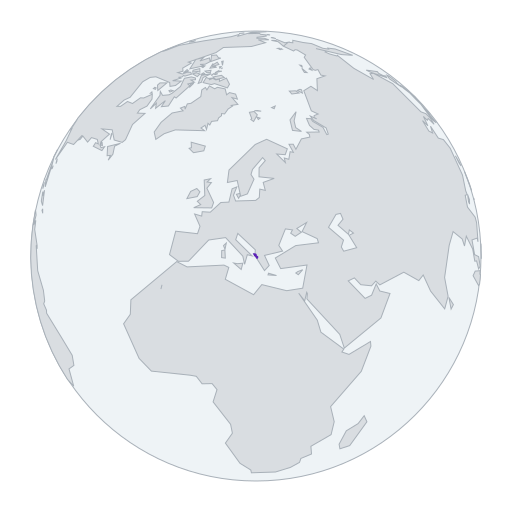 the Earth from above Vlorë
{"feature_id": "ALB-1504", "entity_name": "Vlorë", "entity_type": "County", "adm_level": 1, "iso_a3": "ALB", "parent_name": "Albania", "parent_adm1": "", "projection": "orthographic", "projection_center": [19.787, 40.148], "detail": "fine", "context": "on_globe", "style": "filled", "palette": "violet", "viewbox_px": 512, "rotation_deg": 0, "n_neighbors": 0, "source": "natural_earth", "source_scale": "10m", "svg_char_len": 11187}
<svg xmlns="http://www.w3.org/2000/svg" viewBox="0 0 512 512"><circle cx="256" cy="256" r="225" fill="#eef3f6" stroke="#a8b0b8"/><path d="M161.3,51.6L168.7,48.8L162.4,51.5L166.3,50.3L174.5,47.1L179.0,45.4L203.6,40.9L231.2,36.7L238.9,34.5L238.0,36.2L252.1,32.1L266.5,31.7L250.8,32.8L249.6,33.6L259.6,33.4L260.5,34.3L265.9,34.9L266.2,36.1L257.0,37.3L256.9,38.3L264.0,38.2L268.8,39.8L258.3,39.8L265.5,42.7L251.4,46.5L223.4,47.5L216.0,52.6L188.4,62.1L191.3,63.1L182.7,68.1L183.0,71.2L177.8,72.6L182.5,74.0L187.2,72.2L190.8,72.3L191.4,74.2L184.9,76.1L183.6,75.5L182.0,77.0L178.5,77.3L180.6,78.2L172.6,80.7L181.3,81.1L175.5,85.5L170.0,86.4L169.7,82.5L155.9,76.8L150.2,77.4L142.6,81.8L130.1,97.3L124.2,100.0L116.9,106.4L120.5,106.4L127.5,101.5L132.5,103.5L140.5,97.8L143.7,98.0L152.3,94.2L152.0,99.1L147.0,106.1L139.8,109.7L137.4,113.1L145.0,113.4L132.5,124.5L125.5,139.7L122.2,142.4L114.2,140.0L112.2,129.8L101.9,128.9L109.5,134.1L101.0,141.7L100.0,145.1L101.0,147.7L104.6,146.7L101.9,150.6L93.3,146.3L95.6,142.7L98.3,143.9L97.3,139.4L91.5,137.6L87.6,142.1L82.9,136.1L80.1,139.4L77.5,140.3L82.3,135.2L73.6,144.5L67.4,142.3L55.4,159.5L66.2,140.7L69.4,133.9L72.3,127.8L70.2,130.4L76.8,120.1L77.7,118.3L89.3,104.5L101.9,91.7L115.5,79.9L130.0,69.3L145.3,59.8L161.3,51.6ZM57.5,149.5L55.4,153.6L53.6,157.1L57.5,149.5ZM44.5,178.3L44.4,178.7L44.3,178.9L44.5,178.3ZM35.5,209.8L34.8,213.6L35.7,211.2L36.1,215.1L33.6,225.1L35.8,220.4L34.7,229.5L37.0,244.7L36.2,245.7L37.7,270.7L43.4,290.3L44.7,301.0L43.7,303.8L46.5,310.2L46.6,313.2L61.6,337.7L72.2,355.3L73.9,365.4L69.0,368.9L73.7,386.2L67.5,379.4L59.2,365.6L51.9,351.3L45.6,336.5L40.4,321.2L36.3,305.7L33.3,289.8L31.4,273.8L30.7,257.8L31.2,241.7L32.8,225.6L35.5,209.8ZM52.2,164.3L45.2,186.9L45.9,179.6L46.4,179.6L48.8,172.6L52.3,162.8L53.9,157.4L52.2,164.3ZM56.3,161.8L57.3,158.6L56.8,161.0L56.3,161.8ZM180.8,44.6L174.6,47.0L166.8,49.9L171.9,47.6L180.8,44.6ZM195.7,40.6L193.1,41.6L189.0,42.1L191.8,41.3L195.7,40.6ZM244.3,33.1L239.0,33.5L243.8,32.9L244.3,33.1ZM266.6,34.8L267.8,34.5L270.1,35.0L266.6,34.8ZM151.9,91.9L152.1,93.1L150.4,93.2L151.9,91.9ZM155.5,89.3L153.4,88.6L154.8,87.3L156.1,87.8L155.5,89.3ZM272.6,37.5L275.9,38.6L270.9,37.6L272.6,37.5ZM157.8,90.5L157.5,85.1L160.0,82.9L166.9,82.9L157.8,90.5ZM276.8,39.5L284.9,42.8L288.3,42.2L283.4,46.2L278.1,41.7L271.4,40.4L276.0,40.4L276.8,39.5ZM188.4,70.9L183.4,72.9L187.1,69.6L188.4,70.9ZM189.9,68.8L195.8,59.4L203.5,57.7L199.9,61.0L209.4,57.9L210.2,61.6L205.2,64.2L200.1,64.4L204.3,65.7L189.9,68.8ZM279.4,48.2L280.0,49.4L277.6,48.4L279.4,48.2ZM192.6,72.1L193.1,70.2L199.8,68.6L199.9,72.1L197.7,71.5L192.6,72.1ZM211.5,55.4L216.5,55.0L218.5,57.8L220.8,58.1L210.9,61.5L211.5,55.4ZM196.5,72.8L199.9,74.0L197.3,76.6L192.5,73.9L196.5,72.8ZM201.4,66.7L204.6,66.2L202.9,67.6L201.4,66.7ZM189.9,87.0L190.3,84.4L193.8,83.2L189.9,87.0ZM201.3,74.3L202.2,73.5L203.6,72.8L205.2,74.2L201.3,74.3ZM213.0,63.5L212.8,64.9L217.2,62.2L218.9,64.5L212.0,66.4L215.7,66.6L216.2,67.3L210.0,68.2L213.0,63.5ZM211.2,73.7L203.1,77.5L201.4,82.3L198.2,83.4L201.4,75.4L211.2,73.7ZM211.0,70.3L210.4,72.6L206.8,72.6L205.0,71.1L211.0,70.3ZM222.5,65.4L221.7,61.4L223.2,61.1L222.5,65.4ZM211.5,75.0L213.4,74.1L211.8,75.4L211.5,75.0ZM219.9,68.3L219.4,66.8L221.2,66.6L219.9,68.3ZM217.8,73.7L215.1,74.8L213.8,73.7L217.8,73.7ZM219.3,71.2L221.9,71.2L214.9,72.7L218.8,70.6L219.3,71.2ZM221.7,68.3L222.5,67.7L221.6,69.0L221.7,68.3ZM224.3,77.5L215.9,79.5L212.9,77.0L221.5,75.3L224.3,77.5ZM139.1,358.4L123.6,323.8L130.3,314.3L130.9,299.8L176.7,261.6L187.1,266.9L224.0,265.1L228.8,267.4L225.3,279.3L253.6,294.7L261.8,284.6L286.7,290.7L302.7,288.2L307.0,265.0L280.7,268.6L275.3,258.0L295.7,245.6L318.5,242.8L317.2,238.6L302.1,231.6L306.6,222.5L296.8,228.5L301.3,232.3L295.2,236.3L290.7,233.2L292.5,229.9L285.4,228.9L278.8,245.4L282.6,251.1L264.5,255.4L269.2,265.5L264.5,270.6L254.9,255.6L255.3,249.8L237.8,233.4L235.7,239.7L252.1,255.9L247.3,254.7L244.6,264.3L242.8,256.1L225.6,237.6L208.7,240.0L188.5,261.2L178.4,261.3L169.5,254.6L175.7,231.2L197.5,233.7L200.0,226.3L194.6,214.0L201.7,216.1L202.2,211.7L210.3,212.2L220.8,202.5L228.9,202.1L232.1,188.8L236.8,186.9L233.5,195.2L235.6,201.0L255.7,200.4L259.3,197.5L259.8,189.1L265.3,190.4L263.2,182.4L274.2,178.4L259.0,176.8L259.1,167.8L265.3,160.6L262.6,157.6L252.5,169.4L251.0,174.5L254.0,179.2L247.4,193.9L240.7,196.3L237.2,180.5L227.4,182.5L229.0,170.0L255.2,144.5L266.6,139.3L287.3,148.8L285.2,154.7L276.7,154.0L285.4,162.6L284.3,158.0L288.8,159.3L290.1,151.7L293.4,152.4L289.0,144.3L293.2,144.2L295.9,149.3L301.4,138.9L309.8,137.1L309.4,134.5L306.7,132.2L319.2,132.0L318.4,130.1L314.0,129.4L309.5,125.4L306.5,118.4L310.9,118.7L312.6,121.3L323.0,127.4L326.8,134.6L328.3,134.1L326.1,127.9L313.5,120.4L310.4,116.1L316.7,118.9L314.2,117.5L314.1,115.6L318.1,114.0L311.3,110.8L303.8,90.7L310.9,86.3L317.4,90.6L316.9,78.7L325.0,75.9L320.9,75.1L317.9,69.6L315.3,70.3L313.1,69.6L304.2,57.3L305.6,55.0L297.2,50.0L295.1,49.7L293.6,51.0L283.4,46.2L288.3,42.2L292.8,42.8L292.8,40.3L303.1,42.5L311.6,43.6L322.9,48.3L328.6,49.1L327.9,48.1L335.2,49.0L352.7,55.3L341.6,54.6L316.0,48.6L326.7,51.1L325.2,52.0L329.6,54.0L337.0,56.0L337.3,55.3L353.8,68.3L373.6,79.5L370.0,73.7L373.5,73.3L392.8,83.7L420.9,111.8L425.9,113.7L430.0,117.7L434.1,124.3L428.2,118.5L427.3,120.3L423.4,116.4L427.9,125.8L422.5,120.6L428.8,131.0L432.6,133.0L430.5,126.2L438.3,138.1L443.4,139.6L450.2,148.2L462.5,175.1L465.7,190.8L467.2,194.6L465.2,195.3L467.5,207.1L475.1,217.1L476.6,222.6L478.0,241.8L477.2,238.1L472.0,239.9L474.6,254.6L478.6,256.6L480.2,266.2L478.6,268.9L476.6,260.9L474.8,261.2L472.7,249.1L466.3,236.2L464.5,246.0L462.2,239.0L453.1,231.6L449.2,245.3L444.6,277.5L448.1,296.3L444.7,308.9L430.6,291.1L423.2,275.0L418.8,280.6L403.8,272.2L379.8,284.9L375.8,281.1L371.5,285.8L360.8,284.7L354.4,277.9L348.2,280.9L365.1,298.4L371.6,295.2L376.2,283.9L379.8,291.0L390.0,293.5L380.9,318.0L344.3,348.1L339.8,334.4L306.9,298.9L307.4,293.8L307.2,293.2L306.7,292.3L304.7,300.9L298.7,293.2L317.3,320.2L320.9,332.2L343.8,349.1L341.9,352.0L349.0,354.4L370.5,341.5L370.9,346.2L361.3,371.3L330.6,406.6L334.2,421.7L331.1,434.6L310.9,446.3L311.5,454.0L300.9,458.4L299.5,462.4L290.4,467.4L275.5,472.0L251.4,472.8L250.8,470.0L240.0,463.3L225.4,443.1L232.4,433.2L230.6,424.3L213.1,401.9L217.0,389.6L212.1,383.6L202.1,383.8L196.3,376.3L190.2,375.2L151.4,371.1L139.1,358.4ZM162.0,284.8L160.9,289.1L162.0,284.8ZM343.7,251.2L356.7,247.7L349.1,235.3L353.5,233.1L349.3,229.9L348.5,234.4L338.0,225.3L343.0,219.2L340.5,213.4L336.0,214.4L328.5,227.3L343.5,240.1L341.3,247.0L343.7,251.2ZM37.1,245.0L37.1,248.8L36.5,246.4L37.1,245.0ZM44.4,182.3L43.7,185.6L42.8,188.7L43.0,186.8L44.4,182.3ZM42.7,208.8L42.7,213.3L42.0,210.2L42.7,208.8ZM44.5,190.2L42.6,205.6L41.3,201.1L42.8,191.6L42.7,195.8L44.5,190.2ZM53.2,165.6L52.4,168.1L51.5,169.2L53.2,165.6ZM56.0,163.6L56.0,163.0L57.1,160.7L56.0,163.6ZM101.5,141.9L102.1,142.4L102.4,145.5L100.7,145.1L101.5,141.9ZM112.9,154.2L108.2,160.2L110.4,155.4L107.1,155.7L107.6,146.5L120.5,143.3L114.6,146.2L112.9,154.2ZM111.9,134.0L110.1,139.7L111.5,133.6L111.9,134.0ZM196.8,188.5L199.9,191.8L197.2,196.6L186.9,198.6L190.7,191.4L196.8,188.5ZM204.8,195.5L204.2,180.0L210.6,178.7L207.1,182.0L211.4,182.6L206.9,188.2L213.6,202.5L211.7,207.9L193.7,207.7L200.7,204.6L197.3,201.3L204.8,195.5ZM191.4,147.7L191.2,142.2L205.3,146.1L203.8,150.8L193.5,152.7L189.1,148.3L191.4,147.7ZM169.9,92.1L168.9,90.7L170.8,90.0L173.1,90.7L169.9,92.1ZM189.8,85.8L176.1,98.0L174.3,96.8L168.4,106.0L161.4,106.7L165.4,100.6L155.6,108.3L156.4,103.2L150.3,108.9L160.0,95.3L160.3,91.4L162.6,95.4L169.1,94.8L172.0,93.3L180.5,86.5L184.4,78.3L191.4,76.9L195.4,78.0L195.5,79.7L190.9,80.0L194.4,82.2L187.8,84.0L189.8,85.8ZM237.4,99.1L232.0,97.6L237.9,104.4L231.4,105.4L232.5,106.1L228.1,109.0L224.6,113.9L221.5,113.6L221.5,115.7L218.6,117.9L217.5,120.7L211.6,121.4L209.8,125.0L208.0,123.3L206.5,129.5L205.0,125.3L201.0,128.0L204.6,130.7L175.3,129.9L164.2,133.7L155.8,139.4L154.2,132.0L161.1,122.3L172.1,113.0L183.1,110.8L180.4,108.1L184.8,106.4L185.1,109.2L187.3,103.9L191.0,103.3L200.8,96.6L201.8,89.9L205.4,87.5L206.9,89.9L209.4,85.9L214.7,88.8L217.4,87.3L225.2,88.9L226.6,94.8L229.5,92.6L235.6,94.1L237.4,99.1ZM226.4,78.1L229.5,84.2L227.4,87.9L214.5,83.6L211.4,84.6L203.1,82.6L206.3,77.4L208.3,78.4L211.1,78.2L209.0,79.9L212.8,78.4L215.7,79.9L219.5,79.2L219.4,81.3L226.4,78.1ZM233.7,263.0L237.3,263.7L242.8,263.2L241.2,269.5L233.7,263.0ZM221.7,250.6L224.9,250.0L225.3,258.1L221.6,257.6L221.7,250.6ZM226.3,243.0L225.0,249.3L223.5,245.6L226.3,243.0ZM236.4,194.3L239.8,193.4L240.3,195.3L238.6,198.3L236.4,194.3ZM253.6,121.5L250.8,119.5L251.7,118.5L249.4,112.3L254.1,111.5L257.3,114.8L253.6,121.5ZM302.7,269.7L298.3,274.7L295.8,273.0L297.8,271.6L302.7,269.7ZM268.5,273.2L276.5,275.5L268.0,274.9L268.5,273.2ZM258.3,119.5L256.8,117.0L260.1,118.1L258.3,119.5ZM257.4,110.5L261.2,111.2L254.4,110.7L257.4,110.5ZM366.9,421.8L349.7,445.6L339.9,448.8L339.1,444.2L346.3,430.8L358.1,423.6L364.2,415.7L366.9,421.8ZM479.6,283.9L478.6,285.6L473.1,275.7L475.2,271.1L480.1,270.7L479.9,274.2L480.5,274.5L480.1,279.3L479.6,283.9ZM481.3,258.8L481.3,256.9L481.1,250.3L481.1,246.9L480.9,243.6L481.3,258.8ZM448.9,297.4L453.4,304.6L451.1,309.1L448.9,297.4ZM474.2,199.9L473.7,198.0L474.2,199.9ZM471.6,190.7L471.4,190.1L470.8,188.1L471.0,188.7L471.6,190.7ZM469.4,199.5L469.6,204.1L468.5,201.7L467.6,194.5L469.4,199.5ZM455.4,155.8L459.6,162.9L461.1,166.0L459.2,163.3L455.4,155.8ZM296.1,111.7L294.1,120.9L295.7,127.6L301.5,131.4L292.5,130.4L290.0,119.9L296.1,111.7ZM302.4,93.1L297.3,90.4L300.0,89.3L301.5,89.8L302.4,93.1ZM299.0,93.0L291.8,94.0L289.3,91.1L295.4,90.8L299.0,93.0ZM275.2,106.0L274.2,108.7L271.6,107.6L275.2,106.0ZM470.5,187.0L470.8,188.2L465.8,175.2L464.6,171.7L468.9,182.6L469.1,182.9L470.5,187.0ZM430.2,114.8L427.6,112.3L425.2,108.8L427.6,111.5L430.2,114.8ZM414.8,96.7L423.7,107.1L430.4,116.4L430.6,115.9L436.3,122.8L433.4,120.7L425.2,110.2L420.9,104.3L415.8,99.3L409.8,93.0L404.1,88.7L400.0,85.1L403.9,87.4L414.8,96.7ZM401.7,87.1L389.5,78.9L387.0,75.2L389.1,76.2L395.8,81.4L396.7,83.0L401.7,87.1ZM385.8,76.0L386.6,77.6L370.3,72.1L366.2,70.1L377.3,71.6L378.6,73.3L383.1,75.6L385.8,76.0ZM282.2,49.2L280.2,49.4L281.0,48.5L282.2,49.2ZM311.8,70.2L309.0,69.0L310.1,67.8L311.8,70.2ZM301.7,65.4L302.4,67.5L299.8,65.1L301.7,65.4ZM304.4,72.5L301.8,68.3L307.0,72.6L304.4,72.5Z" fill="#d9dde1" stroke="#a8b0b8" stroke-width="1"/><path d="M257.5,257.3L257.5,257.5L257.4,257.8L257.3,258.0L257.2,258.0L257.1,257.9L256.9,257.8L256.7,257.8L256.6,257.7L256.6,257.4L256.7,257.2L256.4,257.0L256.4,256.9L256.5,256.8L256.4,256.8L256.3,256.5L256.3,256.4L256.2,256.4L255.9,256.3L255.9,256.2L255.6,256.1L255.4,256.0L255.3,255.9L255.2,255.8L255.1,255.7L254.8,255.4L254.7,255.4L254.7,255.2L254.5,254.9L254.8,255.0L254.9,255.3L255.0,255.3L255.0,255.2L255.1,254.9L255.0,254.7L254.9,254.6L254.8,254.4L254.8,254.5L255.0,254.6L255.0,254.4L254.9,254.3L254.6,254.0L254.8,254.0L255.0,254.0L255.3,254.3L255.5,254.4L255.6,254.5L255.8,254.5L255.9,254.8L256.0,254.9L256.0,255.0L255.9,255.2L255.9,255.3L256.0,255.3L256.1,255.5L256.2,255.8L256.3,256.0L256.5,256.3L256.8,256.4L257.0,256.6L257.2,256.8L257.3,256.8L257.3,257.0L257.5,257.1L257.5,257.3L257.5,257.3Z" fill="#8b5cf6" stroke="#5b21b6" stroke-width="1.5"/></svg>